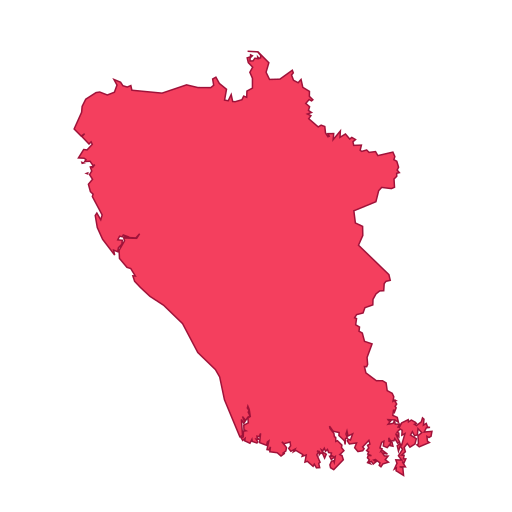 outline of Arraiján, Panama, rotated 187°
{"feature_id": "35544464B31550191226189", "entity_name": "Arraiján", "entity_type": "district", "adm_level": 2, "iso_a3": "PAN", "parent_name": "Panama", "parent_adm1": "", "projection": "albers", "projection_center": [-79.724, 8.989], "detail": "fine", "context": "isolated", "style": "filled", "palette": "rose", "viewbox_px": 512, "rotation_deg": 187, "n_neighbors": 0, "source": "geoboundaries", "source_scale": "gbopen_adm2", "svg_char_len": 5856}
<svg xmlns="http://www.w3.org/2000/svg" viewBox="0 0 512 512"><g transform="rotate(187 256 256)"><path d="M230.1,429.1L232.8,436.7L235.3,433.1L240.2,435.0L242.8,440.0L241.3,442.3L242.6,444.8L253.9,434.4L264.1,432.9L268.4,439.6L266.8,449.4L278.9,458.9L289.3,458.2L279.2,458.8L275.6,455.4L275.6,453.2L277.2,452.4L277.8,454.0L277.4,452.4L278.6,453.7L278.3,452.1L281.2,452.2L282.7,449.3L285.7,448.8L286.0,451.9L284.0,454.3L285.9,455.0L285.8,453.0L288.9,451.6L287.2,447.0L282.3,443.0L284.5,437.6L281.2,432.0L280.0,422.2L285.1,418.6L284.6,412.4L287.7,413.2L289.0,409.4L295.5,406.6L298.0,406.5L300.3,413.2L302.5,406.7L306.2,406.9L305.6,417.9L313.4,422.8L317.6,428.6L320.6,426.4L318.8,420.3L321.4,417.6L334.1,416.1L345.8,417.4L369.1,406.2L399.4,405.4L401.0,409.9L404.4,408.0L408.9,408.8L411.6,412.0L418.5,413.9L414.8,408.7L416.5,401.3L423.2,397.7L431.1,399.7L434.7,398.7L444.1,390.9L446.8,383.3L446.6,377.4L452.0,359.9L444.1,353.7L441.0,356.5L443.3,353.3L435.4,346.8L433.6,349.2L432.1,346.9L436.6,340.7L440.0,340.7L444.2,331.7L438.6,332.1L436.5,331.0L437.5,328.9L432.2,329.8L428.7,325.8L427.1,327.0L429.3,323.5L429.2,324.8L431.3,324.2L429.4,320.3L431.1,316.5L427.6,312.2L431.1,306.8L428.2,299.7L425.2,297.5L425.7,295.1L413.7,278.0L414.5,273.0L419.2,279.2L420.5,276.6L417.0,264.9L410.3,253.9L396.4,239.7L398.1,244.5L393.8,243.4L393.6,247.4L390.6,251.3L390.6,255.3L395.2,255.2L393.8,259.0L391.0,258.8L390.3,260.7L386.4,259.8L390.3,258.5L377.4,259.3L374.2,263.9L376.6,259.0L389.4,257.7L388.3,255.1L392.6,244.9L391.2,236.9L382.7,229.0L378.8,228.3L373.3,221.4L375.8,221.3L373.4,216.1L366.9,210.7L356.3,203.0L341.6,195.8L320.6,179.9L302.0,153.1L282.4,138.3L277.3,131.5L269.8,109.5L250.0,74.6L247.5,76.2L250.6,92.0L247.7,88.4L246.9,90.1L249.9,95.0L246.2,91.5L244.5,95.0L242.4,96.5L244.7,100.0L244.1,101.9L246.1,104.1L245.8,106.0L244.0,102.8L242.1,96.0L244.3,94.2L243.3,89.5L247.5,86.5L246.8,82.1L244.7,81.3L247.1,80.6L246.6,74.9L248.6,73.7L246.7,71.3L244.6,73.6L244.7,71.2L239.2,69.4L237.7,73.5L237.1,71.5L232.3,70.5L231.5,71.7L233.7,74.3L230.7,74.3L232.8,76.0L233.1,77.3L231.0,77.1L229.8,80.5L229.7,71.2L222.5,69.4L222.0,72.9L220.7,74.1L221.5,65.2L219.6,65.1L218.4,68.3L218.4,63.4L210.9,63.3L206.8,60.5L203.4,63.8L205.6,63.2L202.6,66.1L202.4,69.6L207.7,74.8L205.4,73.1L199.5,75.5L198.5,71.8L200.1,69.0L197.6,66.4L193.7,69.1L194.8,66.4L192.7,67.9L185.3,64.6L185.8,62.8L181.9,64.6L182.3,57.4L180.0,58.5L173.7,54.2L172.8,56.5L170.2,53.1L167.0,53.7L168.5,57.8L167.3,59.1L171.4,66.1L170.1,69.2L171.7,70.0L169.4,69.7L169.0,66.4L167.7,68.5L165.7,67.9L163.3,63.8L162.1,67.8L166.2,69.7L167.4,71.6L165.9,70.9L164.8,73.5L163.2,70.6L161.5,72.7L160.0,69.8L157.1,69.6L157.4,67.4L155.6,66.7L158.5,66.2L156.5,63.2L152.9,66.6L153.2,60.7L154.0,62.3L156.1,61.4L157.2,57.7L156.2,54.9L152.8,53.4L144.5,64.4L146.3,68.4L148.6,69.1L145.0,73.5L147.8,76.3L147.7,78.8L152.7,82.6L154.2,81.7L154.8,85.7L156.1,86.1L157.1,89.4L161.6,93.9L162.3,96.1L158.1,91.5L152.0,90.9L151.8,87.9L145.6,83.3L144.6,79.8L144.9,85.8L143.2,86.3L145.0,90.3L144.4,93.4L142.7,88.6L138.4,91.3L139.8,84.9L142.2,85.4L142.8,83.6L140.4,80.8L133.4,82.7L134.7,77.7L131.0,74.3L126.4,75.7L125.2,77.9L126.9,79.5L121.5,86.8L120.0,83.2L122.2,81.7L120.7,79.2L122.5,76.3L120.3,75.3L121.0,73.0L117.1,71.9L120.3,71.7L120.8,69.3L118.7,67.5L120.1,64.5L117.2,63.8L118.6,65.3L116.5,66.2L114.3,63.8L111.8,66.4L114.4,67.8L112.7,68.6L107.7,65.7L108.2,63.2L106.3,62.0L104.7,65.1L99.4,67.5L102.9,69.6L100.5,73.5L104.1,73.2L106.6,75.9L101.4,75.4L106.6,78.4L108.3,77.3L107.4,80.0L109.6,80.6L108.6,86.3L106.5,87.8L106.5,83.0L102.4,81.8L99.9,85.9L99.7,84.1L96.9,83.9L98.2,87.4L101.4,88.3L102.1,91.7L99.8,88.9L96.6,89.4L96.0,91.7L92.6,87.5L90.7,88.7L95.8,96.8L92.2,94.0L92.7,97.7L94.5,98.3L91.9,101.9L89.7,100.8L89.4,95.9L86.5,97.9L88.4,86.1L90.2,87.3L92.7,84.9L90.8,79.7L89.7,85.1L87.0,81.9L90.3,75.1L86.6,71.2L92.4,70.7L90.8,67.4L92.7,61.4L90.9,62.8L90.8,59.9L82.8,56.2L84.5,63.8L87.8,64.3L82.0,64.9L85.8,69.8L83.9,68.7L82.6,72.9L85.0,72.6L84.7,76.2L87.2,76.1L83.9,79.9L85.6,84.0L83.0,88.3L79.9,85.0L75.3,88.8L74.6,94.2L80.8,97.1L79.4,100.7L76.7,96.9L74.0,98.2L74.2,104.4L69.9,100.9L73.3,97.4L71.9,89.4L73.3,88.2L70.7,86.5L61.2,92.0L63.2,93.0L64.4,97.8L62.2,96.9L60.3,98.4L60.0,103.4L67.6,101.8L66.0,106.2L62.4,107.1L64.9,107.1L66.6,110.6L69.2,108.5L69.4,114.5L71.0,115.6L71.7,111.6L76.1,107.2L78.2,108.3L76.4,109.3L77.4,110.3L81.8,112.1L84.5,109.9L85.0,112.1L91.1,108.1L92.8,103.4L94.2,103.5L92.9,106.6L97.3,106.1L98.5,109.3L99.5,106.6L104.4,105.1L101.9,109.2L104.3,108.7L105.1,109.7L98.1,110.2L94.4,108.4L96.1,113.0L100.8,114.5L100.7,120.3L99.5,118.0L98.4,122.4L99.6,123.8L98.3,126.2L100.7,129.1L99.5,129.5L100.6,130.0L102.3,128.6L102.1,133.1L104.1,136.3L109.4,138.4L111.4,145.9L115.2,147.6L121.4,146.9L132.7,153.4L134.9,159.5L132.7,159.6L132.0,162.1L133.4,168.8L130.1,182.9L137.9,184.5L141.1,192.5L144.6,193.9L144.6,198.1L148.7,199.9L148.6,206.2L150.6,206.7L149.0,210.1L142.8,212.5L141.6,218.0L134.1,221.7L134.6,227.2L132.3,233.0L129.0,236.4L125.0,237.1L125.4,244.2L123.9,246.7L119.8,248.2L121.8,253.7L155.6,279.2L152.5,289.4L153.8,298.4L161.4,300.9L164.4,312.8L143.6,324.5L142.2,335.8L139.6,339.4L129.8,339.4L126.9,341.1L128.4,349.2L126.0,352.3L126.5,355.2L123.9,356.2L126.4,358.5L125.3,361.5L127.8,367.2L130.9,368.4L130.3,371.6L132.8,375.8L147.3,370.5L150.1,374.2L156.4,372.6L159.1,374.7L163.8,372.7L165.5,373.6L164.9,378.9L172.5,377.7L173.7,381.2L171.4,383.7L175.4,385.4L177.2,383.5L182.1,388.0L187.1,384.0L187.5,390.4L193.6,380.9L193.8,387.0L199.6,386.2L197.9,383.8L199.1,383.1L202.0,386.6L203.5,392.9L207.3,393.8L210.0,391.7L220.4,398.7L218.6,402.0L222.3,403.2L218.4,405.2L221.7,406.9L221.0,410.7L225.2,413.5L222.3,417.8L219.8,416.7L218.6,418.0L222.5,421.0L223.0,425.9L230.1,429.1ZM438.5,327.3L440.2,327.7L439.8,326.8L438.5,327.3ZM433.1,317.9L434.3,317.3L433.1,317.0L433.1,317.9Z" fill="#f43f5e" stroke="#9f1239" stroke-width="1.5"/></g></svg>